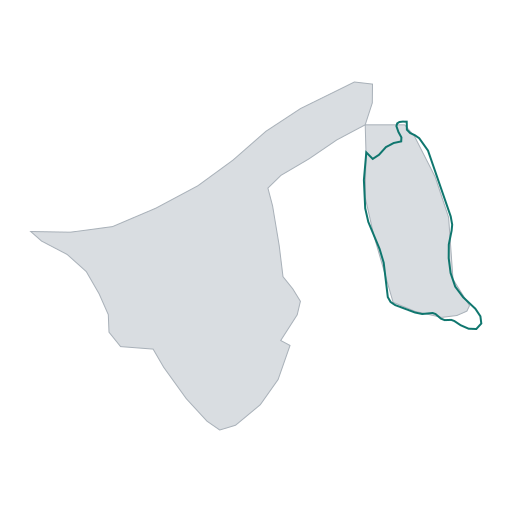 where Temburong sits in Brunei
{"feature_id": "BRN-1183", "entity_name": "Temburong", "entity_type": "District", "adm_level": 1, "iso_a3": "BRN", "parent_name": "Brunei", "parent_adm1": "", "projection": "orthographic", "projection_center": [115.184, 4.611], "detail": "fine", "context": "in_parent", "style": "outline", "palette": "teal", "viewbox_px": 512, "rotation_deg": 0, "n_neighbors": 0, "source": "natural_earth", "source_scale": "10m", "svg_char_len": 1454}
<svg xmlns="http://www.w3.org/2000/svg" viewBox="0 0 512 512"><path d="M365.2,124.8L336.8,139.9L308.9,158.9L281.0,175.3L267.9,188.1L272.6,206.0L279.2,245.6L283.0,276.7L292.8,288.9L300.4,301.3L297.2,314.8L280.7,340.5L290.0,345.5L278.1,379.5L260.3,404.7L235.6,425.2L219.7,430.0L207.0,421.2L186.3,398.7L163.7,367.3L153.1,349.1L120.6,346.6L109.0,332.2L108.3,314.6L99.1,293.8L86.3,271.6L67.2,254.5L41.6,241.1L30.7,231.5L70.3,232.2L112.5,226.6L156.0,208.1L197.8,185.8L233.0,160.1L265.9,131.3L300.6,108.5L354.4,82.0L372.5,84.1L372.3,102.9L365.2,124.8ZM404.6,124.8L414.5,136.3L435.1,176.8L448.6,217.4L453.0,279.3L469.5,305.7L466.9,311.1L456.9,315.5L441.6,317.4L415.2,311.4L393.1,302.3L373.8,235.3L365.2,197.4L366.0,152.2L365.2,124.8L404.6,124.8Z" fill="#d9dde1" stroke="#a8b0b8" stroke-width="1"/><path d="M406.7,121.7L406.9,129.7L410.1,133.0L414.8,135.2L419.2,138.2L428.0,150.6L450.7,216.4L452.2,224.7L451.6,230.7L448.8,244.5L448.7,258.2L450.6,273.0L455.2,286.6L463.2,297.3L475.4,308.8L480.4,316.3L481.3,323.5L476.3,329.0L468.6,328.7L460.6,325.2L454.3,321.0L451.3,319.9L444.6,320.1L440.9,318.6L435.5,314.0L432.6,313.0L422.2,314.0L415.0,312.5L395.2,305.1L390.6,302.0L387.8,297.1L383.7,262.7L379.6,249.0L368.3,221.9L365.2,208.3L363.9,180.0L366.3,152.4L372.7,158.9L379.0,154.8L385.9,147.1L393.7,143.0L401.2,141.4L401.4,137.4L398.4,131.9L396.4,126.1L397.2,123.4L399.4,122.0L402.7,121.6L406.6,121.7L406.7,121.7Z" fill="none" stroke="#0f766e" stroke-width="2"/></svg>